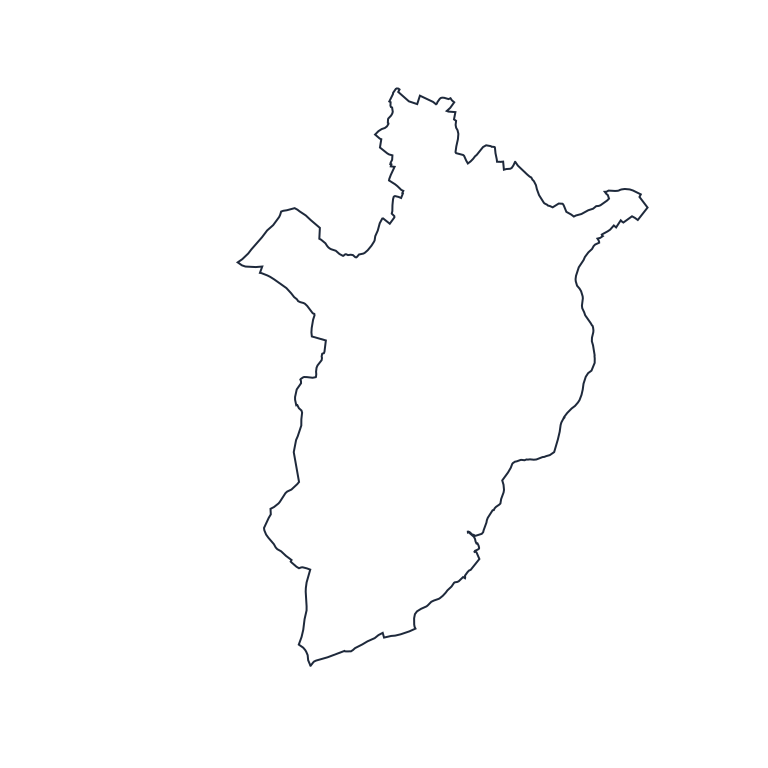 outline of Ceanu Mare, Cluj, Romania, rotated 115°
{"feature_id": "2599482B18461977466611", "entity_name": "Ceanu Mare", "entity_type": "district", "adm_level": 2, "iso_a3": "ROU", "parent_name": "Romania", "parent_adm1": "Cluj", "projection": "robinson", "projection_center": [23.937, 46.642], "detail": "fine", "context": "isolated", "style": "outline", "palette": "slate", "viewbox_px": 768, "rotation_deg": 115, "n_neighbors": 0, "source": "geoboundaries", "source_scale": "gbopen_adm2", "svg_char_len": 6160}
<svg xmlns="http://www.w3.org/2000/svg" viewBox="0 0 768 768"><g transform="rotate(115 384 384)"><path d="M671.1,331.6L666.2,330.5L665.1,330.1L663.4,328.7L655.5,319.6L642.6,307.0L642.8,306.5L642.5,305.7L640.3,301.0L638.2,299.7L635.6,298.6L629.2,293.6L624.2,290.2L618.2,285.0L613.9,282.9L610.1,280.0L613.8,276.8L609.3,271.0L607.3,267.5L603.8,263.1L597.5,256.5L592.4,252.1L591.1,253.7L589.2,255.0L583.6,257.7L579.5,258.7L576.1,258.0L572.1,255.4L567.6,251.5L566.2,250.8L561.4,249.1L559.2,247.3L555.5,243.5L554.4,242.8L551.1,241.2L547.1,239.9L544.2,239.3L539.0,237.2L534.6,236.5L533.9,236.1L532.4,233.9L531.2,232.9L525.5,230.7L525.8,228.5L525.2,228.6L523.4,229.6L519.2,228.8L517.1,228.1L515.8,226.9L502.3,223.6L497.5,229.0L497.2,230.4L498.6,231.2L496.7,231.0L494.4,229.0L493.0,228.3L491.9,228.8L490.4,230.1L488.9,232.0L489.5,232.7L489.3,233.0L488.1,234.4L486.0,236.0L484.5,237.9L482.7,244.3L482.7,244.8L483.1,245.2L482.4,245.6L482.1,245.1L482.1,243.6L483.2,240.3L483.1,239.6L482.8,239.1L483.0,237.7L482.9,236.9L478.5,232.1L476.4,231.5L474.4,231.9L466.3,232.6L464.0,233.2L461.4,233.4L452.5,232.2L451.9,231.2L450.0,231.2L448.1,230.6L444.5,228.5L443.1,228.0L438.8,229.2L431.7,229.8L429.2,230.5L424.8,233.1L421.4,236.1L411.8,234.2L406.3,233.7L402.2,234.0L401.3,233.8L399.1,232.5L398.0,231.0L395.1,228.1L394.6,227.2L393.7,224.4L392.2,223.0L391.7,221.6L390.6,219.9L389.3,216.2L388.0,214.0L383.2,209.4L382.3,207.9L380.8,206.5L378.4,203.7L373.8,201.0L360.7,203.0L353.0,204.6L346.5,206.6L343.9,207.0L340.1,206.8L338.2,206.3L338.1,206.5L338.6,206.8L337.8,206.8L332.8,205.7L326.9,203.6L323.1,201.6L318.8,200.4L316.0,200.0L310.4,200.4L305.2,201.5L299.4,203.3L292.2,204.2L287.9,203.6L284.2,201.6L275.8,202.0L271.8,203.8L269.6,205.1L269.0,205.2L260.6,210.9L257.4,213.7L254.1,215.1L248.6,216.2L246.8,216.9L244.3,218.5L243.1,219.6L242.9,220.4L241.6,222.2L236.7,230.7L234.4,232.9L231.6,236.3L229.4,237.7L222.3,240.0L220.6,241.0L216.6,244.6L214.9,247.1L213.3,250.6L209.9,253.6L208.0,254.7L204.8,255.7L195.9,256.8L187.3,255.5L184.0,255.6L178.3,254.4L173.7,252.5L170.4,252.3L168.4,251.6L165.0,248.7L164.1,249.2L163.0,250.4L162.0,252.0L160.2,249.8L157.5,248.2L157.3,249.0L156.5,249.8L151.1,245.8L148.6,244.3L143.2,242.7L144.0,239.8L135.6,238.6L136.3,236.7L136.5,235.3L127.2,230.1L127.4,226.9L128.1,223.3L112.7,219.7L106.5,231.5L103.6,231.4L103.4,240.1L103.8,243.5L105.5,248.2L107.3,251.0L108.5,252.3L109.5,253.0L110.4,254.3L111.4,256.2L113.8,262.2L115.7,263.6L116.5,265.1L117.8,262.7L118.2,261.0L120.9,258.4L123.4,259.3L130.6,263.4L131.9,264.7L133.1,266.8L136.8,268.6L140.2,272.3L146.5,276.9L150.2,281.3L152.0,282.7L151.3,286.0L150.9,291.5L146.5,296.2L145.5,297.5L145.2,298.4L146.6,301.9L152.6,305.8L152.6,308.7L153.0,310.9L152.6,311.9L152.5,314.8L152.2,315.7L147.3,323.3L142.8,327.8L139.6,330.3L136.8,333.9L136.1,335.8L134.6,337.8L134.5,339.6L133.6,342.8L129.5,355.0L127.2,358.9L127.3,359.1L131.3,359.1L134.3,359.6L135.6,360.6L137.5,364.0L139.1,365.9L132.1,370.0L133.3,372.0L134.8,375.5L132.8,376.7L127.7,380.5L123.0,383.3L122.5,383.9L123.0,385.7L123.5,386.5L123.3,387.8L124.5,392.3L127.4,394.4L137.2,396.8L139.1,397.7L142.3,398.4L145.7,399.6L148.7,401.2L146.8,403.9L143.4,407.8L143.2,408.3L143.0,409.1L144.3,416.2L143.6,417.2L138.0,418.9L130.8,420.5L125.9,422.3L122.9,424.6L121.3,426.9L118.9,428.6L115.0,429.9L114.6,432.4L107.4,434.2L109.9,440.8L110.0,442.5L105.8,440.7L99.0,439.4L98.2,442.4L96.9,444.5L98.5,445.9L99.2,450.5L99.9,452.3L100.8,453.4L102.0,454.0L105.9,454.7L107.6,454.6L108.5,455.1L107.6,458.7L107.5,473.3L116.3,472.2L117.3,480.9L113.3,494.5L110.5,494.4L110.2,495.8L110.7,497.3L111.6,498.0L116.2,498.8L117.5,498.4L125.7,498.6L125.8,497.1L129.0,495.8L130.0,494.8L130.0,493.5L133.6,491.1L135.4,490.8L137.7,491.0L141.6,492.3L142.4,492.2L145.7,490.9L145.9,490.1L146.5,489.9L149.3,490.2L151.6,491.4L153.9,493.8L157.2,495.9L161.7,497.5L163.4,491.5L163.3,489.9L171.4,487.6L173.6,478.5L173.8,476.4L173.2,473.0L177.3,471.4L180.7,471.5L182.0,471.2L181.6,470.4L181.7,470.1L183.9,469.8L182.7,466.2L191.6,466.2L195.8,465.9L197.4,465.5L198.3,458.4L199.0,455.5L200.8,450.3L200.8,448.1L203.2,448.1L203.3,447.4L208.2,447.1L208.3,449.9L209.0,453.3L209.4,453.9L210.3,454.3L212.7,453.9L218.4,451.9L223.8,449.5L226.3,449.0L227.5,445.6L228.6,445.0L236.3,446.5L234.3,454.8L234.8,455.5L240.1,455.8L247.6,454.5L253.7,454.4L257.8,453.2L259.2,453.2L263.9,453.8L269.7,455.3L273.3,456.9L274.5,457.8L277.2,461.4L280.2,462.2L281.0,462.7L281.2,463.6L280.3,466.7L280.9,468.8L282.4,471.1L282.4,473.1L282.6,473.6L283.1,474.1L285.0,475.0L285.2,475.5L285.0,479.3L283.6,484.0L284.2,488.9L284.1,490.5L283.7,492.2L282.8,494.1L281.2,496.6L279.8,502.0L279.7,504.0L269.6,508.1L266.4,519.7L264.3,526.1L263.2,533.5L262.6,536.1L262.4,539.3L267.6,545.5L269.6,548.5L271.2,550.1L274.6,549.6L277.0,549.6L286.9,551.6L294.2,554.8L302.6,556.6L318.1,561.1L323.1,562.2L330.8,565.2L335.6,568.0L336.5,562.9L336.1,559.2L332.2,549.6L329.0,544.0L335.7,543.4L335.3,541.9L334.9,535.5L335.0,532.4L335.6,527.8L338.3,513.0L341.0,506.5L343.2,502.2L344.0,498.8L345.2,496.8L345.2,494.5L344.6,491.1L344.7,489.5L345.7,486.6L350.0,478.5L349.9,476.8L351.1,476.0L355.8,475.4L363.8,473.2L367.9,471.6L371.4,469.5L369.1,455.1L379.9,451.6L381.5,451.5L382.5,452.7L382.8,452.8L385.5,452.1L386.6,451.2L388.8,450.6L395.3,452.1L397.8,452.0L401.5,450.8L403.8,449.5L406.2,448.7L406.6,448.7L407.2,449.5L408.5,451.3L410.3,456.7L411.4,459.3L412.0,460.0L414.5,461.5L415.3,461.7L416.4,460.5L418.4,459.5L425.8,460.8L433.4,459.1L435.9,457.9L440.4,454.5L439.7,453.7L441.9,450.9L442.9,447.6L444.6,446.1L450.9,444.0L456.6,441.4L467.8,440.1L471.9,440.0L483.9,437.0L508.7,419.6L511.4,420.3L518.8,423.3L522.4,426.3L524.6,427.2L534.9,428.6L536.8,429.1L542.0,431.7L545.1,434.1L550.0,431.5L554.0,431.9L565.2,431.9L567.2,430.6L570.3,427.2L572.2,423.8L575.7,416.1L577.9,413.1L578.8,410.9L579.1,406.6L581.2,400.2L582.6,393.4L584.4,393.5L584.9,392.1L586.6,386.1L586.9,383.2L585.2,381.5L584.5,380.3L583.7,376.0L583.4,372.4L596.5,370.3L602.0,368.6L605.3,367.2L618.2,360.2L621.9,358.5L630.7,356.6L640.9,353.3L648.1,351.8L656.2,351.1L657.1,345.8L658.4,343.0L659.4,341.5L662.0,338.6L666.4,336.0L670.2,331.8L671.1,331.6Z" fill="none" stroke="#1e293b" stroke-width="2"/></g></svg>